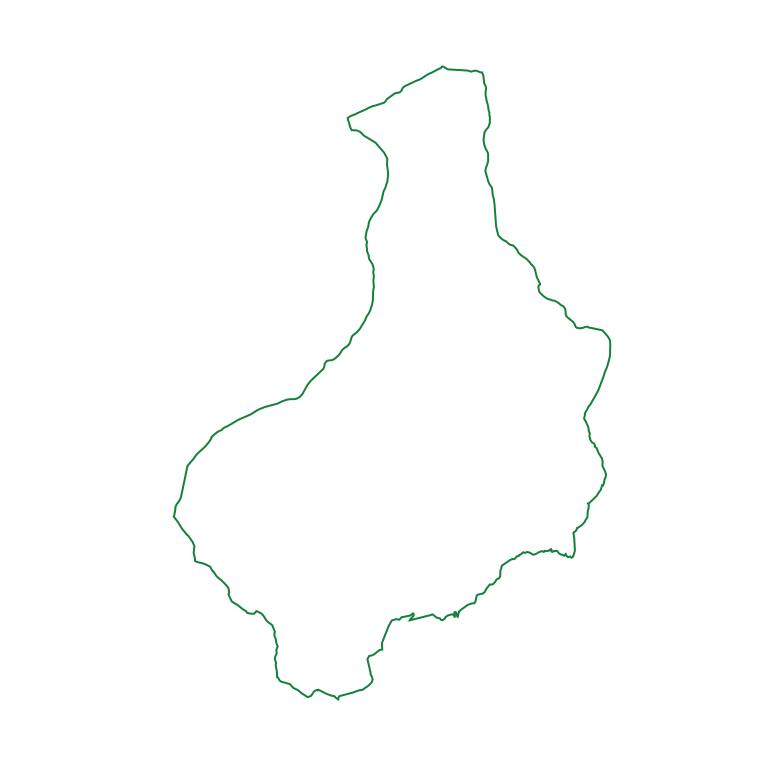 the district of Busteni, Prahova, Romania, rotated 260°
{"feature_id": "2599482B44498880667390", "entity_name": "Busteni", "entity_type": "district", "adm_level": 2, "iso_a3": "ROU", "parent_name": "Romania", "parent_adm1": "Prahova", "projection": "natural_earth1", "projection_center": [25.539, 45.419], "detail": "fine", "context": "isolated", "style": "outline", "palette": "green", "viewbox_px": 768, "rotation_deg": 260, "n_neighbors": 0, "source": "geoboundaries", "source_scale": "gbopen_adm2", "svg_char_len": 6140}
<svg xmlns="http://www.w3.org/2000/svg" viewBox="0 0 768 768"><g transform="rotate(260 384 384)"><path d="M670.5,535.4L673.8,534.7L674.2,533.2L676.7,528.8L676.8,528.1L676.5,524.0L677.9,521.4L678.5,519.4L682.6,502.2L683.3,500.8L685.9,498.0L686.5,497.0L686.6,496.5L686.5,496.0L685.4,495.1L685.1,494.3L684.7,492.2L682.6,486.0L681.5,481.5L677.6,472.0L677.1,468.8L673.7,456.3L672.5,454.1L670.1,452.3L669.0,450.9L668.5,449.9L668.4,445.6L667.9,444.3L664.0,436.2L662.0,434.5L661.0,432.8L659.8,424.5L659.5,420.6L658.8,417.5L657.3,412.8L656.0,407.2L654.6,402.4L653.7,397.6L652.1,394.3L642.4,395.4L639.6,396.2L638.4,401.5L636.1,404.6L632.0,407.4L623.2,417.5L611.8,424.3L606.9,425.9L605.0,426.3L599.1,425.0L592.3,424.8L589.2,424.4L581.9,422.1L580.5,421.1L577.5,419.7L573.7,417.0L565.8,413.7L560.6,410.5L556.1,407.1L553.1,402.9L549.0,399.3L545.9,397.2L541.9,395.9L537.2,393.3L531.7,391.3L530.1,391.2L527.8,391.8L526.6,391.9L523.8,390.8L519.8,390.7L517.6,390.3L513.8,391.2L510.9,391.0L509.3,391.2L504.2,393.4L501.6,393.8L498.9,393.8L495.4,392.7L492.8,392.9L486.6,391.3L481.7,391.0L477.6,389.5L468.6,387.6L464.1,386.0L458.4,382.9L456.4,381.4L453.2,378.4L449.9,376.3L442.5,369.8L439.6,366.2L437.5,362.1L436.3,360.6L430.6,357.7L429.2,356.4L427.6,354.3L425.6,349.9L424.5,348.5L420.7,345.1L417.9,340.7L416.9,338.5L416.5,336.9L416.8,332.4L416.4,331.4L414.4,329.2L411.6,328.3L409.6,327.1L399.7,312.2L396.3,308.4L388.6,302.2L385.9,298.9L384.9,296.2L384.6,293.7L385.4,288.4L385.4,285.4L384.6,280.6L383.2,275.9L382.1,263.2L381.1,258.0L380.2,254.7L377.1,247.1L374.2,234.8L369.5,222.2L369.0,219.9L368.4,218.3L367.0,216.2L365.7,211.9L364.8,210.0L362.6,206.3L361.5,204.7L360.0,204.2L356.6,200.8L353.2,196.7L347.1,187.1L343.0,183.0L338.7,177.7L337.1,176.1L308.0,164.5L305.6,163.0L303.0,160.6L301.6,158.9L298.6,157.0L297.3,156.9L290.8,154.5L290.1,153.9L283.6,157.2L276.7,159.9L270.2,163.5L268.8,164.7L261.7,168.1L257.0,169.1L250.7,167.2L244.6,167.5L242.5,167.2L241.2,169.0L238.1,175.9L235.3,179.8L233.9,181.3L232.3,181.6L229.9,182.6L228.6,183.4L228.7,183.6L224.2,185.5L221.9,187.1L219.9,189.0L217.0,191.2L212.1,194.4L210.2,195.3L205.4,195.4L204.2,194.3L203.8,194.3L196.6,196.2L195.0,197.6L191.6,201.6L187.1,205.5L184.0,208.8L182.4,209.5L181.2,212.1L180.6,214.7L180.4,216.4L182.5,218.9L180.3,222.1L178.9,223.7L176.8,225.0L171.4,227.2L169.2,228.9L165.9,232.1L158.7,233.5L157.7,232.9L154.8,232.3L152.5,233.0L147.9,233.0L144.0,233.7L140.8,231.8L137.6,231.6L133.3,229.0L131.1,228.8L129.1,229.2L127.4,229.1L126.3,228.5L119.5,228.6L113.9,227.8L113.3,228.6L110.2,229.7L108.8,231.0L104.8,239.2L100.4,242.0L97.6,245.9L93.7,249.3L89.0,254.3L88.9,255.3L89.7,258.2L93.6,262.0L94.4,265.1L93.7,265.6L93.7,266.0L94.1,266.6L88.9,273.5L86.0,278.5L85.3,280.8L82.7,282.6L81.4,284.2L82.9,284.6L84.1,285.5L84.4,286.6L85.5,299.3L86.7,306.5L86.5,309.5L89.5,316.0L90.6,317.8L92.7,320.4L95.0,321.5L97.8,321.3L100.4,320.4L102.5,320.6L115.9,319.9L118.8,322.2L118.7,324.4L119.4,327.1L122.8,333.4L122.8,336.2L127.3,336.7L129.8,337.3L144.7,346.5L149.7,350.5L150.3,354.9L150.0,356.3L149.3,357.7L149.5,358.6L151.2,360.7L151.4,369.1L151.7,370.3L153.1,372.7L152.8,373.2L152.1,373.3L150.5,372.8L147.8,369.1L146.8,368.4L148.3,389.3L148.7,391.6L148.3,392.3L144.7,395.3L144.4,396.3L143.3,398.5L141.7,399.3L141.3,400.8L142.0,402.6L144.0,404.5L144.9,406.6L145.4,410.8L144.8,412.2L142.5,413.1L142.5,413.4L146.5,413.5L147.2,414.3L147.0,414.9L146.2,415.4L142.8,415.6L142.0,416.2L147.0,418.5L148.3,420.6L151.9,428.1L152.7,432.6L152.4,434.9L153.0,435.6L154.9,436.7L159.6,438.6L160.0,439.3L160.4,441.0L160.5,445.0L161.6,447.0L164.4,449.1L168.2,453.4L167.7,455.4L168.2,457.0L169.8,459.1L171.6,460.5L172.3,461.9L172.7,463.5L174.3,465.0L180.0,466.2L181.5,467.2L184.6,468.5L188.8,477.8L189.4,480.3L188.9,481.5L189.3,482.5L190.0,483.6L191.1,484.7L191.4,487.1L192.2,487.8L192.5,489.3L193.6,490.8L194.1,492.0L193.3,493.3L193.3,494.5L193.7,495.6L193.4,496.7L192.1,498.9L190.5,500.4L189.9,502.0L190.4,504.6L191.3,506.9L192.0,510.3L190.9,512.2L191.7,512.8L191.8,513.2L191.3,514.1L191.2,517.6L192.0,518.5L192.3,520.0L191.5,520.2L190.2,519.7L189.5,520.3L189.4,520.9L190.1,522.4L189.6,523.5L189.9,524.3L189.8,525.0L189.2,525.7L186.8,526.9L185.3,528.8L184.9,529.9L183.6,531.5L185.0,533.4L183.3,533.7L183.0,534.1L181.5,535.0L181.8,537.2L180.3,538.4L180.8,539.8L181.8,540.3L182.2,540.9L186.8,543.1L199.3,544.6L204.6,544.7L205.1,545.3L205.8,547.2L207.0,548.3L208.6,549.0L208.8,550.3L210.9,554.6L213.5,557.9L214.7,558.6L217.3,561.1L223.8,562.7L225.6,563.8L226.4,563.8L228.2,564.6L229.7,564.6L230.9,564.2L230.9,565.0L231.7,566.4L237.0,574.2L239.0,575.8L242.3,579.2L246.1,581.1L245.8,581.3L246.0,582.0L247.8,583.2L252.4,584.9L252.7,585.6L256.0,586.9L258.8,586.7L265.6,584.9L269.2,585.8L272.7,585.8L278.8,583.3L283.8,582.4L285.8,580.6L287.2,581.1L288.0,580.9L289.0,580.4L290.1,578.9L291.9,577.9L293.3,577.5L296.8,577.2L299.7,578.1L302.3,577.5L305.9,577.7L311.5,576.4L315.1,575.0L318.9,576.6L320.1,576.7L326.8,582.1L327.5,583.2L336.3,590.6L340.8,594.1L353.1,601.4L357.0,603.4L362.7,607.0L370.2,610.5L373.2,611.6L383.6,613.7L387.5,614.1L390.3,613.4L392.2,612.5L398.7,608.6L399.0,608.2L403.1,598.1L404.0,595.4L404.8,594.9L405.2,594.0L405.2,592.0L404.8,589.9L404.8,586.4L405.8,583.8L406.9,582.7L409.8,582.1L412.1,581.2L417.5,576.5L419.4,575.3L421.2,575.1L425.6,575.6L427.5,575.1L429.3,574.2L431.1,571.8L433.4,570.1L436.4,566.5L437.2,563.9L438.2,562.7L439.1,560.4L440.1,559.1L442.5,556.6L446.7,553.5L448.4,552.9L452.4,552.8L454.1,553.4L454.9,554.9L455.8,555.0L463.0,553.0L470.2,552.6L472.6,552.1L474.1,551.5L476.1,549.8L479.4,548.2L482.7,545.8L486.9,541.4L489.5,539.5L490.3,539.0L492.6,538.6L497.0,536.1L498.2,534.8L498.8,533.3L500.1,531.3L503.1,529.2L505.1,526.5L507.3,524.4L510.6,522.3L520.0,521.8L541.3,524.0L546.6,524.3L551.4,523.9L557.1,524.4L558.9,524.2L562.7,522.5L565.0,521.9L576.0,520.8L578.8,521.7L582.5,523.9L585.5,525.3L592.1,526.4L593.7,526.4L597.4,525.2L601.7,524.3L607.3,524.4L614.4,526.7L616.6,528.7L618.8,531.4L622.7,533.5L628.9,534.7L630.0,534.4L632.9,534.9L635.1,534.6L641.4,534.7L644.1,534.3L650.7,534.2L654.2,534.8L656.6,535.7L659.8,535.9L662.6,534.9L670.5,535.4Z" fill="none" stroke="#15803d" stroke-width="2"/></g></svg>